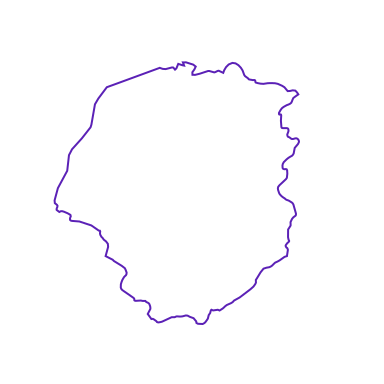 the Department of Olancho, rotated 250°
{"feature_id": "HND-642", "entity_name": "Olancho", "entity_type": "Department", "adm_level": 1, "iso_a3": "HND", "parent_name": "Honduras", "parent_adm1": "", "projection": "equal_earth", "projection_center": [-86.074, 14.814], "detail": "fine", "context": "isolated", "style": "outline", "palette": "violet", "viewbox_px": 384, "rotation_deg": 250, "n_neighbors": 0, "source": "natural_earth", "source_scale": "10m", "svg_char_len": 3907}
<svg xmlns="http://www.w3.org/2000/svg" viewBox="0 0 384 384"><g transform="rotate(250 192 192)"><path d="M319.7,204.2L319.4,204.5L317.7,206.6L316.5,209.3L315.9,215.7L315.5,216.8L314.8,217.2L312.8,217.9L313.5,219.6L317.1,222.9L314.3,226.5L313.5,227.8L316.9,227.8L316.7,228.3L315.9,230.7L311.3,236.7L308.6,238.4L306.4,236.2L304.4,233.3L302.0,232.5L301.0,235.0L300.5,239.8L300.2,248.5L299.8,249.6L296.8,253.8L296.7,254.9L297.0,257.5L296.8,258.6L293.3,262.1L295.4,263.9L297.7,266.7L299.3,270.1L299.5,274.1L298.0,276.9L295.3,279.0L292.1,280.4L288.9,281.1L284.1,281.1L282.7,281.5L279.7,283.5L278.5,283.9L277.8,284.9L277.2,286.0L276.3,287.5L276.0,288.7L275.6,289.3L275.1,289.5L273.7,289.2L273.1,289.3L271.9,290.9L270.4,293.4L269.2,296.1L268.3,300.5L267.2,303.8L265.8,307.2L264.3,309.6L261.0,313.0L258.8,314.7L254.1,316.4L253.4,318.7L253.1,321.4L251.9,323.8L249.5,324.8L247.4,325.3L245.8,319.6L245.2,318.9L244.2,317.9L243.2,317.1L241.9,315.8L241.4,314.4L241.2,312.7L241.2,310.7L240.6,307.1L239.9,305.0L238.6,303.1L236.6,300.8L235.5,300.4L234.9,300.6L234.6,301.9L234.2,302.1L233.4,302.0L228.5,299.9L222.4,298.2L221.6,298.3L221.0,299.1L219.5,303.1L218.9,303.8L218.1,304.0L216.4,303.6L215.2,302.7L213.5,301.2L212.2,300.9L211.1,301.1L210.6,301.6L210.1,302.2L209.5,302.6L208.2,303.4L207.7,303.9L207.4,304.6L207.2,305.4L207.1,307.2L206.9,308.0L206.6,308.7L205.9,309.3L205.0,309.8L203.2,309.9L202.4,309.6L200.9,308.1L198.3,303.6L193.4,300.7L192.4,299.5L191.8,298.2L191.6,296.6L191.1,294.3L190.3,292.0L188.7,288.5L187.4,287.0L186.0,286.1L183.7,285.4L183.1,285.4L182.6,285.6L182.2,286.0L181.8,286.6L181.4,288.1L180.9,288.7L179.8,288.8L176.5,287.8L172.9,286.0L172.0,284.8L168.5,276.6L167.4,274.8L166.2,274.0L164.6,273.6L161.3,273.5L159.9,273.7L157.5,274.7L155.6,275.9L154.2,277.0L153.5,277.3L152.7,277.8L152.1,278.4L150.9,279.9L148.0,282.2L147.1,282.7L145.6,283.0L136.1,282.3L134.9,281.8L134.3,281.1L133.6,278.7L133.0,277.6L132.4,276.7L130.0,274.3L127.0,273.3L126.5,272.9L123.9,269.5L116.7,266.8L114.0,266.4L113.1,266.6L112.5,266.4L112.0,265.7L111.3,263.9L110.0,262.0L109.5,261.6L109.0,261.5L107.6,261.7L107.2,262.0L106.8,262.3L105.6,262.4L104.8,262.3L99.3,259.3L99.4,256.8L97.8,251.0L97.4,248.6L97.2,246.0L96.7,244.8L95.4,242.0L95.0,240.4L94.9,238.9L95.4,236.1L95.5,233.0L93.1,229.0L88.7,223.5L87.5,221.9L85.0,221.1L83.8,219.9L82.1,217.4L80.6,213.6L76.6,200.7L75.6,194.4L74.6,192.5L74.2,190.6L73.9,186.0L73.3,184.1L72.5,182.3L72.0,181.0L71.2,177.4L72.5,176.0L73.5,171.3L74.7,170.0L74.5,169.5L74.0,169.0L72.1,167.7L70.6,165.6L67.6,163.6L66.5,162.1L65.1,160.0L64.6,158.8L64.3,156.9L66.1,152.6L66.6,152.1L67.4,151.4L68.0,151.5L69.0,151.7L72.9,150.3L75.4,147.3L77.3,145.6L78.1,144.0L78.2,142.7L78.3,141.6L78.4,140.5L78.7,139.3L79.2,137.7L80.1,135.8L80.4,134.8L80.4,134.2L80.3,133.5L80.3,132.9L81.3,130.0L80.4,119.6L80.5,118.2L80.9,115.9L81.3,115.2L81.8,114.6L82.7,114.4L84.6,113.1L85.1,112.8L86.2,111.8L86.5,110.4L92.5,108.7L96.4,112.9L97.5,113.3L98.9,113.6L101.2,113.6L102.2,113.3L103.0,112.7L104.3,111.4L105.6,110.9L106.5,108.4L107.5,106.8L108.8,102.5L109.2,101.4L109.9,100.8L110.4,100.9L111.0,101.1L111.7,101.2L112.7,100.7L123.6,93.0L125.2,92.4L126.6,92.4L129.6,93.6L131.5,95.0L133.1,96.4L134.3,97.8L135.4,99.2L136.0,100.5L136.4,101.5L137.2,102.3L138.6,103.0L141.7,103.0L143.4,102.8L146.7,100.7L153.9,95.0L155.5,94.3L161.3,88.9L169.1,94.4L172.1,95.2L175.0,94.3L177.4,92.8L179.6,92.2L180.7,91.6L183.0,91.2L184.3,91.3L185.3,91.7L186.2,92.2L187.1,92.2L187.6,91.2L195.0,86.0L202.8,76.1L205.9,69.3L206.5,68.4L207.4,67.9L208.3,68.1L209.2,68.5L210.7,69.8L212.1,69.9L214.6,67.8L217.3,64.9L218.4,63.4L218.8,62.1L218.6,60.5L221.4,58.7L222.0,58.8L222.9,59.3L223.8,60.2L225.0,60.9L226.1,60.7L227.3,60.0L228.4,59.3L231.1,60.0L241.5,67.3L254.6,82.0L268.7,89.0L273.2,93.9L280.1,106.9L287.5,118.8L289.7,120.5L307.6,130.8L311.9,136.0L319.6,147.8L319.6,162.9L319.7,204.1L319.7,204.2Z" fill="none" stroke="#5b21b6" stroke-width="2"/></g></svg>